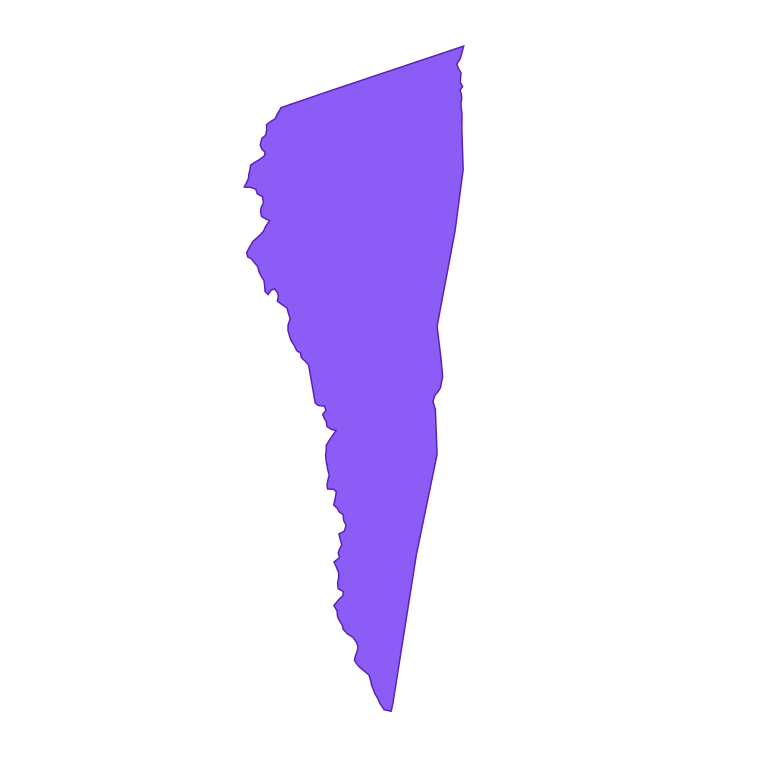 the district of Caém, Bahia, Brazil, rotated 83°
{"feature_id": "56859067B11193862003902", "entity_name": "Caém", "entity_type": "district", "adm_level": 2, "iso_a3": "BRA", "parent_name": "Brazil", "parent_adm1": "Bahia", "projection": "albers", "projection_center": [-40.25, -11.139], "detail": "fine", "context": "isolated", "style": "filled", "palette": "violet", "viewbox_px": 768, "rotation_deg": 83, "n_neighbors": 0, "source": "geoboundaries", "source_scale": "gbopen_adm2", "svg_char_len": 2260}
<svg xmlns="http://www.w3.org/2000/svg" viewBox="0 0 768 768"><g transform="rotate(83 384 384)"><path d="M180.8,279.3L139.8,275.6L135.2,275.0L129.2,274.1L124.4,273.7L119.7,273.7L114.9,273.5L110.0,272.0L106.1,271.9L101.4,272.6L98.4,269.7L94.3,271.4L89.5,270.7L84.5,269.6L79.7,271.8L75.2,272.6L70.6,268.8L58.3,263.7L86.0,399.6L97.1,452.4L103.3,457.2L107.5,459.7L109.8,464.9L112.5,469.1L117.4,469.5L122.5,471.0L125.4,475.4L131.8,477.7L136.2,476.5L139.5,473.8L143.1,475.0L146.0,480.1L148.5,486.0L150.5,489.7L155.4,491.1L159.3,492.6L163.1,493.4L166.7,495.4L171.5,498.7L172.6,492.4L175.1,487.5L179.8,486.6L183.2,481.8L189.5,481.6L194.3,484.6L198.4,485.6L202.9,485.0L206.0,480.9L207.9,477.5L213.0,482.2L217.7,485.0L220.2,487.9L222.9,491.5L226.6,496.8L231.8,500.8L236.9,504.3L241.2,503.8L243.4,500.6L248.3,497.4L252.4,494.9L257.4,494.4L262.6,492.5L266.8,490.5L271.9,490.5L277.6,490.8L281.1,488.1L277.5,485.1L276.1,481.3L280.0,478.7L283.8,478.1L288.8,479.8L293.3,474.9L296.7,471.0L301.9,470.3L307.7,469.1L313.6,472.0L319.4,472.8L325.4,471.8L329.5,471.0L335.0,468.3L340.4,466.5L343.1,463.0L347.7,462.9L352.2,459.1L355.9,456.5L394.4,454.6L397.3,451.8L398.7,445.7L403.3,444.9L406.5,448.5L410.5,447.6L414.0,445.9L419.4,445.7L422.7,441.7L424.2,437.2L427.7,440.3L432.5,444.6L437.9,448.8L443.3,449.5L447.0,450.6L451.5,450.8L457.2,450.6L462.0,450.3L467.8,449.5L472.6,451.4L477.4,453.0L481.4,452.7L482.2,447.0L485.2,444.5L492.1,446.5L498.0,448.7L501.5,445.6L505.4,444.1L508.6,440.6L514.8,440.6L519.6,438.8L525.2,441.3L527.3,447.0L532.7,446.4L538.5,445.5L542.3,448.1L545.8,450.0L551.0,449.4L554.5,455.3L560.5,453.4L565.4,452.1L570.1,452.5L575.9,454.3L581.7,454.4L584.9,449.8L589.0,450.5L592.6,455.3L597.8,460.8L603.5,458.2L608.8,458.5L612.5,457.4L617.9,454.9L622.7,454.3L627.5,450.8L631.9,445.5L637.5,442.6L641.9,441.8L645.8,443.1L650.5,445.6L654.7,447.0L658.3,445.2L662.0,442.8L666.2,438.9L670.9,434.4L676.0,433.5L681.8,432.9L686.6,431.6L690.6,430.6L694.9,428.7L700.9,426.8L707.2,423.6L709.7,416.8L702.8,414.3L630.5,393.6L619.0,390.3L557.1,372.6L544.8,368.4L487.6,349.1L460.3,339.9L415.4,336.1L407.2,337.6L401.1,334.6L398.2,331.2L394.4,328.3L388.8,326.6L384.1,324.9L367.1,324.3L333.3,324.3L240.7,294.8L180.8,279.3Z" fill="#8b5cf6" stroke="#5b21b6" stroke-width="1.5"/></g></svg>